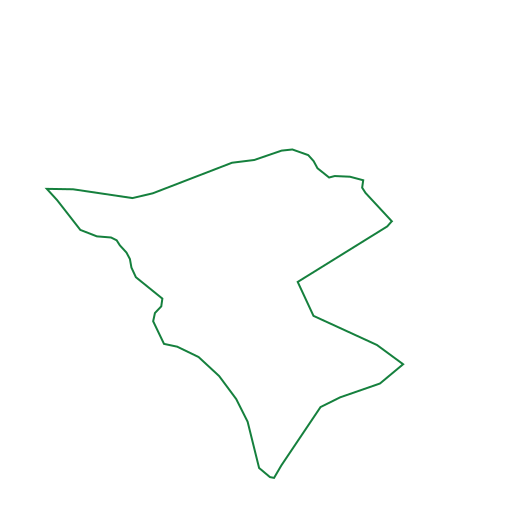 the border of Ulcinj, rotated 141°
{"feature_id": "MNE-1497", "entity_name": "Ulcinj", "entity_type": "Municipality", "adm_level": 1, "iso_a3": "MNE", "parent_name": "Montenegro", "parent_adm1": "", "projection": "equal_earth", "projection_center": [19.282, 41.979], "detail": "fine", "context": "isolated", "style": "outline", "palette": "green", "viewbox_px": 512, "rotation_deg": 141, "n_neighbors": 0, "source": "natural_earth", "source_scale": "10m", "svg_char_len": 793}
<svg xmlns="http://www.w3.org/2000/svg" viewBox="0 0 512 512"><g transform="rotate(141 256 256)"><path d="M381.6,72.2L384.3,75.4L387.0,89.3L366.8,132.5L361.4,157.3L360.2,185.9L364.2,213.6L374.4,235.3L374.7,235.6L382.8,245.6L377.0,270.0L370.4,275.3L361.3,276.5L355.6,281.8L362.7,315.1L360.1,325.4L355.9,333.0L354.5,340.2L355.1,349.9L354.4,355.9L357.0,361.6L367.3,371.4L376.1,386.8L375.4,424.6L376.3,439.8L356.2,423.0L315.6,378.8L296.8,369.7L216.0,343.6L196.9,331.7L169.8,321.8L160.7,315.9L151.9,301.5L151.5,293.5L153.0,285.5L149.8,271.0L144.5,268.6L133.1,258.5L125.0,247.4L130.5,242.3L131.2,236.2L128.6,197.5L128.9,197.5L135.4,196.4L239.9,209.6L249.0,173.3L218.0,110.7L209.8,79.3L239.9,78.9L279.5,93.2L300.9,98.0L368.1,77.3L381.6,72.2Z" fill="none" stroke="#15803d" stroke-width="2"/></g></svg>